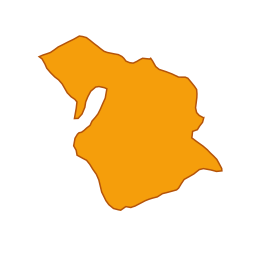 outline of Shamkir District, Şəmkir, Azerbaijan, rotated 280°
{"feature_id": "54616110B57585842497805", "entity_name": "Shamkir District", "entity_type": "district", "adm_level": 2, "iso_a3": "AZE", "parent_name": "Azerbaijan", "parent_adm1": "Şəmkir", "projection": "mercator", "projection_center": [46.075, 40.851], "detail": "fine", "context": "isolated", "style": "filled", "palette": "amber", "viewbox_px": 256, "rotation_deg": 280, "n_neighbors": 0, "source": "geoboundaries", "source_scale": "gbopen_adm2", "svg_char_len": 1837}
<svg xmlns="http://www.w3.org/2000/svg" viewBox="0 0 256 256"><g transform="rotate(280 128 128)"><path d="M182.8,28.1L181.1,31.4L176.6,35.1L172.8,37.6L169.1,42.0L165.6,47.0L163.4,51.3L159.9,55.6L152.1,62.1L148.9,66.5L147.0,70.7L144.8,73.2L138.5,73.6L133.6,73.6L128.0,73.6L128.3,74.9L128.8,77.2L133.8,80.3L140.9,81.9L146.3,81.8L151.9,83.0L157.7,84.9L162.7,89.0L163.8,92.2L163.6,97.8L162.9,100.4L153.4,100.4L147.6,98.9L141.7,97.5L136.7,96.0L133.0,94.1L128.6,91.4L124.0,90.2L120.8,87.3L117.9,85.1L115.7,82.9L114.8,80.6L113.1,79.3L108.7,77.6L101.0,77.6L97.1,80.8L92.8,82.4L92.4,82.5L91.4,85.5L90.3,88.7L89.0,92.8L85.6,96.7L81.5,100.3L76.9,104.9L71.8,108.3L60.4,113.2L52.6,118.9L49.2,122.4L46.2,127.7L45.8,132.8L45.8,135.1L50.2,139.5L50.2,144.6L51.1,146.1L52.3,148.4L56.3,153.6L59.4,157.6L61.6,161.2L63.2,164.3L65.3,168.9L69.4,173.4L71.0,177.1L73.2,181.8L75.5,186.6L77.5,188.2L82.6,190.2L87.1,192.2L92.1,198.3L94.2,200.8L99.4,205.4L101.1,209.3L101.1,212.4L101.1,216.8L100.6,222.7L102.1,227.9L104.4,227.3L109.3,223.5L112.5,220.9L115.2,217.2L117.9,213.1L120.3,209.9L123.2,205.0L125.2,200.8L126.6,197.9L128.3,194.6L129.4,192.5L131.0,192.5L135.9,192.2L138.4,196.6L142.6,198.3L146.5,200.4L150.9,200.8L151.3,200.8L151.2,200.6L152.7,196.0L155.1,192.9L159.6,191.0L164.2,190.8L169.8,190.5L173.5,190.0L177.8,188.9L180.5,186.3L184.0,182.3L187.4,178.3L188.0,175.6L187.2,170.9L186.9,169.0L188.9,161.8L190.1,155.5L191.1,148.5L193.3,144.6L198.4,140.4L200.6,138.2L199.7,137.4L199.2,130.3L197.1,127.4L195.3,125.4L192.8,121.9L192.6,118.4L193.5,114.4L196.0,111.7L197.4,109.5L198.6,105.7L198.6,101.7L198.8,94.3L199.4,91.0L201.5,86.9L203.3,83.7L205.0,80.3L207.8,75.3L209.8,71.4L210.2,67.4L210.1,64.1L205.9,59.0L202.3,54.0L198.8,49.4L195.7,45.2L192.1,41.8L188.9,38.5L186.9,35.0L185.1,31.6L182.8,28.1Z" fill="#f59e0b" stroke="#b45309" stroke-width="1.5"/></g></svg>